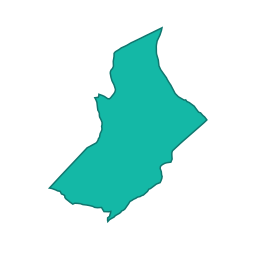 Altônia, Paraná, Brazil, rotated 132°
{"feature_id": "56859067B71956660954916", "entity_name": "Altônia", "entity_type": "district", "adm_level": 2, "iso_a3": "BRA", "parent_name": "Brazil", "parent_adm1": "Paraná", "projection": "mercator", "projection_center": [-53.928, -23.914], "detail": "fine", "context": "isolated", "style": "filled", "palette": "teal", "viewbox_px": 256, "rotation_deg": 132, "n_neighbors": 0, "source": "geoboundaries", "source_scale": "gbopen_adm2", "svg_char_len": 2107}
<svg xmlns="http://www.w3.org/2000/svg" viewBox="0 0 256 256"><g transform="rotate(132 128 128)"><path d="M211.0,80.4L208.4,80.4L205.0,79.3L203.8,78.8L202.1,78.8L200.7,78.5L197.5,77.4L195.7,77.0L194.0,77.2L192.0,76.4L190.2,76.1L187.2,76.5L183.9,76.9L181.2,77.4L179.4,76.7L177.3,76.2L174.8,75.1L173.0,74.7L170.8,73.1L169.1,72.6L167.5,71.7L164.7,71.4L162.1,71.1L159.6,71.6L158.0,70.8L155.0,70.2L152.4,69.7L150.7,69.4L149.3,68.7L147.1,67.6L145.1,68.2L142.9,69.1L141.2,70.2L140.3,71.7L138.2,74.0L136.6,77.0L135.0,78.1L133.5,78.2L131.7,77.8L129.5,77.0L127.8,75.9L124.7,73.3L121.6,74.4L118.8,77.3L117.0,78.9L115.1,79.7L104.6,78.8L100.9,78.4L73.4,75.1L69.2,74.8L68.5,78.5L68.6,80.8L68.2,84.2L69.0,86.2L68.0,91.2L67.5,93.3L68.1,99.5L68.9,102.0L68.5,103.9L69.7,105.0L71.1,111.5L70.8,116.1L67.5,124.9L66.6,128.5L65.6,131.6L65.0,132.9L64.4,135.7L62.8,142.7L61.1,146.6L57.2,151.0L54.0,156.2L52.7,157.6L48.5,161.5L47.2,162.5L43.8,164.6L37.5,166.5L33.0,168.5L30.8,169.8L36.2,172.0L60.3,181.7L62.6,182.7L64.2,183.2L67.1,184.1L69.6,185.1L73.0,186.6L75.5,187.1L79.8,188.4L81.8,188.3L84.4,186.1L88.3,183.6L91.9,180.1L94.0,179.4L96.4,179.3L98.0,178.7L99.1,177.9L101.7,174.6L103.6,171.5L105.3,167.2L107.6,163.3L109.1,162.2L110.5,161.7L112.2,161.4L117.3,161.1L118.8,161.4L119.8,162.7L120.3,166.5L121.0,168.8L122.4,172.2L123.8,171.1L125.2,170.7L127.7,172.9L128.5,170.7L129.7,168.3L131.3,166.5L133.1,164.5L134.9,162.4L135.4,160.8L136.3,159.1L137.5,158.0L138.8,156.5L139.9,153.6L141.2,151.0L143.2,149.3L144.4,148.8L145.4,147.5L146.5,146.4L148.1,145.7L150.6,145.0L152.2,144.1L153.9,143.0L155.8,142.8L157.1,142.1L159.2,141.7L160.5,141.7L170.0,145.1L188.5,145.5L196.4,145.7L209.8,146.0L225.2,146.2L224.1,144.5L223.2,142.4L222.4,140.3L221.8,138.2L220.5,136.1L221.5,133.3L220.7,131.2L220.7,129.7L221.9,128.3L222.2,126.5L222.0,123.8L221.9,121.4L221.5,118.1L219.5,117.2L217.7,115.0L216.0,112.6L215.1,110.3L212.9,107.2L211.5,104.9L209.8,101.8L209.3,99.7L207.7,97.4L204.8,94.5L206.2,89.9L202.9,86.0L201.5,85.0L202.8,84.1L204.5,83.4L206.0,82.6L208.4,83.0L210.2,81.5L211.0,80.4Z" fill="#14b8a6" stroke="#0f766e" stroke-width="1.5"/></g></svg>